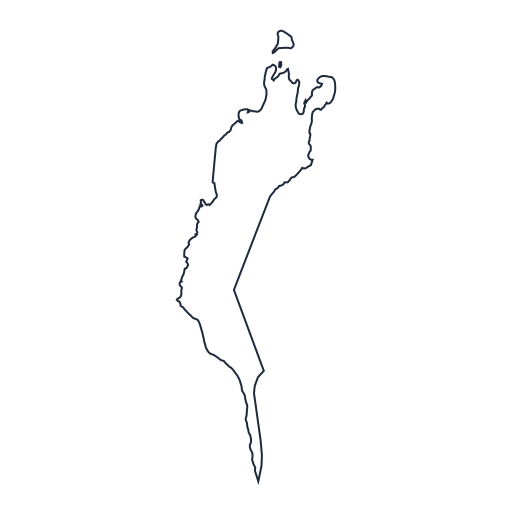 outline of Cândido Mendes, Maranhão, Brazil
{"feature_id": "56859067B23777236022045", "entity_name": "Cândido Mendes", "entity_type": "district", "adm_level": 2, "iso_a3": "BRA", "parent_name": "Brazil", "parent_adm1": "Maranhão", "projection": "equal_earth", "projection_center": [-45.636, -1.694], "detail": "fine", "context": "isolated", "style": "outline", "palette": "slate", "viewbox_px": 512, "rotation_deg": 0, "n_neighbors": 0, "source": "geoboundaries", "source_scale": "gbopen_adm2", "svg_char_len": 5981}
<svg xmlns="http://www.w3.org/2000/svg" viewBox="0 0 512 512"><path d="M180.9,296.1L179.5,297.8L177.7,298.6L176.8,299.8L178.1,301.2L179.3,301.4L180.4,304.0L180.7,306.0L181.8,306.6L182.7,307.0L183.5,307.9L185.0,309.9L186.1,310.9L187.2,312.2L189.9,314.8L190.9,315.7L191.7,316.6L192.8,317.7L194.1,318.4L196.5,319.3L197.9,320.1L199.3,322.7L200.2,325.3L201.3,329.2L202.6,333.5L203.0,335.9L203.5,337.6L203.9,339.5L204.2,341.8L205.1,344.3L205.4,346.1L206.0,347.8L207.4,350.4L208.7,352.3L210.7,353.9L213.9,355.0L216.9,357.0L220.0,359.4L221.5,360.4L223.2,360.7L224.1,361.2L225.5,363.0L226.7,364.2L227.8,365.1L229.6,367.0L230.9,367.6L231.7,368.3L232.6,369.4L233.7,370.6L234.4,371.6L235.9,373.7L236.6,374.6L237.4,375.6L238.2,377.2L238.9,378.5L239.8,380.6L240.4,382.5L240.9,384.5L241.5,386.1L241.9,389.7L242.4,391.3L244.4,394.4L244.9,396.3L245.2,398.6L246.2,402.8L246.9,404.2L247.2,405.6L247.2,407.5L247.1,409.2L246.8,411.8L246.8,413.1L246.6,414.5L246.5,415.9L246.1,417.1L245.8,418.5L245.7,419.9L246.2,421.2L246.9,422.8L247.2,425.3L247.4,427.3L248.1,429.0L248.4,430.3L248.5,431.9L249.1,433.3L250.1,434.9L251.1,439.5L251.0,441.2L250.9,442.6L250.0,444.7L249.8,446.2L250.0,447.7L250.6,449.7L251.8,451.9L252.4,453.3L252.5,454.7L252.5,456.5L252.3,458.0L252.1,459.8L252.8,461.6L253.1,463.0L253.6,464.4L254.5,466.2L255.2,467.3L255.1,468.8L254.9,470.6L258.3,481.3L261.5,465.8L261.9,455.2L260.6,440.3L254.0,393.3L254.3,389.9L254.8,385.8L257.9,377.3L263.8,370.8L233.9,289.9L237.2,281.5L241.3,270.8L257.9,227.7L269.2,198.6L270.0,196.6L270.9,195.3L272.3,193.6L273.5,192.4L274.5,190.8L275.3,189.4L277.1,188.4L278.3,187.3L279.1,185.9L280.7,185.7L282.3,185.1L283.7,183.8L284.7,182.3L286.5,182.4L287.7,182.3L288.7,181.3L289.9,179.9L290.7,178.5L291.5,177.5L294.1,177.0L295.5,175.9L298.5,172.7L299.5,171.6L301.2,169.4L302.2,167.8L303.8,168.5L305.8,168.2L307.7,166.9L309.6,165.8L310.9,165.2L312.6,159.8L311.6,159.8L310.5,159.4L309.5,158.8L308.7,157.5L308.1,155.7L308.8,153.7L309.4,152.1L310.6,150.7L310.8,148.2L310.8,146.6L310.2,145.2L309.2,144.1L308.7,142.9L308.9,141.7L309.5,140.7L309.6,139.2L309.9,137.4L310.3,135.5L310.2,133.5L309.3,132.7L309.6,130.1L309.9,128.2L310.2,126.8L311.5,123.1L311.9,121.0L311.8,118.4L312.0,115.9L312.2,114.1L312.7,112.2L314.0,110.7L315.0,109.7L316.1,108.9L318.9,108.6L319.9,109.6L321.0,109.8L321.6,108.9L322.6,107.9L323.6,107.4L324.3,106.3L325.1,104.9L326.0,103.9L326.6,102.6L327.9,103.6L329.4,103.3L330.7,102.4L332.2,100.2L332.9,98.9L333.3,97.7L334.5,93.9L334.9,92.2L335.2,90.4L335.2,89.0L335.2,86.7L335.1,84.8L335.0,83.2L334.8,81.9L334.1,79.9L333.2,78.4L332.1,77.4L331.2,77.0L330.0,76.9L328.3,76.6L327.0,76.3L326.0,76.2L324.6,76.0L323.0,76.0L321.6,76.2L320.1,77.0L318.9,77.9L318.1,78.8L317.4,79.8L317.3,81.1L317.8,82.3L319.3,83.1L322.0,83.9L321.1,86.1L318.8,87.6L317.4,87.1L315.9,87.8L314.8,88.7L313.6,89.4L312.4,90.7L311.9,92.9L312.0,95.2L311.3,96.3L310.5,97.0L309.6,98.4L308.8,99.2L307.3,100.3L305.8,103.4L305.8,101.8L305.4,100.5L304.6,102.1L304.2,103.5L305.0,105.0L305.0,106.6L304.2,108.1L303.8,109.9L303.7,111.7L303.0,113.5L301.7,114.2L300.1,114.2L298.7,113.5L297.0,110.5L296.5,109.4L295.9,107.8L295.6,105.1L295.9,103.1L296.4,100.5L296.4,98.8L297.0,95.6L297.4,93.9L297.7,92.5L297.9,90.5L298.0,88.1L298.6,86.8L299.2,84.3L299.3,82.4L298.7,80.8L297.7,79.7L296.6,80.3L295.9,82.1L294.9,83.1L293.8,83.4L292.7,83.1L291.6,81.9L290.6,80.8L289.3,79.6L288.8,77.7L288.9,73.5L288.6,72.1L288.0,68.9L287.0,69.4L286.2,70.9L284.8,72.1L283.2,72.9L281.6,73.3L279.8,73.7L277.9,76.5L277.0,77.3L275.3,78.4L274.3,79.2L273.8,80.4L271.7,78.7L272.4,76.9L275.4,71.9L275.9,70.3L276.1,68.5L275.8,66.9L275.1,65.9L273.9,65.1L272.9,64.7L272.0,65.3L271.1,66.2L269.8,66.9L267.1,68.0L266.5,69.6L265.6,72.8L265.3,74.7L264.9,75.9L264.7,77.3L264.6,79.8L264.2,81.3L264.1,83.4L264.2,85.0L264.6,86.3L266.2,89.4L266.5,92.6L266.5,94.3L265.6,99.2L264.8,101.4L262.5,106.4L261.7,108.4L260.4,110.1L258.7,111.4L257.4,111.8L255.9,111.6L254.0,111.2L252.8,111.3L251.4,110.7L250.0,110.4L248.9,112.0L247.8,112.3L248.6,110.0L247.5,109.3L244.9,109.3L242.9,109.7L242.0,110.1L241.0,110.3L239.8,110.9L238.8,112.7L238.5,114.0L238.6,116.0L238.9,117.9L239.4,119.2L240.4,119.9L241.5,120.4L242.1,122.8L240.5,122.6L239.3,121.6L238.0,120.8L236.9,121.4L234.8,123.5L232.5,125.5L231.6,126.6L230.6,130.1L229.3,131.8L228.3,132.1L227.1,132.9L226.3,133.9L225.3,134.8L224.3,135.5L223.3,136.7L221.9,138.2L220.8,139.0L219.9,140.5L218.4,141.2L216.5,143.7L215.8,147.4L215.5,150.9L214.9,156.9L212.8,179.8L212.7,182.4L214.4,183.2L214.6,184.5L214.8,186.1L215.2,188.5L215.8,191.8L216.5,193.9L216.9,195.8L216.5,197.2L214.3,199.2L212.8,201.5L211.7,202.8L209.6,205.0L208.2,204.3L207.1,204.9L205.6,204.4L205.1,202.9L204.0,201.6L203.3,200.1L201.8,199.6L200.7,200.3L201.0,202.4L200.5,203.8L201.8,204.5L202.4,205.9L201.1,206.5L200.3,205.5L199.6,206.6L199.1,208.5L197.9,211.1L196.6,212.5L195.6,214.7L195.5,216.1L195.5,217.5L196.4,219.0L197.5,219.7L198.7,221.9L197.4,223.3L196.9,225.6L197.1,227.4L196.6,228.6L196.4,230.0L197.3,232.4L196.8,234.6L195.5,234.4L195.9,235.8L195.1,236.6L192.7,237.6L190.3,239.5L189.4,240.7L188.5,242.6L189.2,244.5L188.0,246.2L187.4,247.2L186.0,248.3L184.6,250.0L184.2,253.9L184.3,256.7L185.9,257.3L187.6,258.4L186.3,261.7L187.4,263.0L188.1,265.0L186.5,268.1L184.8,268.7L184.3,270.9L184.0,272.5L183.3,274.8L182.5,276.2L181.9,277.6L181.4,279.4L180.8,280.8L181.6,281.6L180.2,282.2L179.6,283.3L179.6,284.6L180.4,286.0L181.8,287.2L181.8,288.7L181.3,290.3L181.3,292.8L181.4,294.4L180.9,296.1ZM292.5,47.0L293.4,46.0L293.7,44.3L293.0,42.2L291.9,40.1L291.7,38.3L291.3,36.8L290.2,35.9L288.5,34.8L287.5,33.9L286.1,33.1L284.6,32.1L282.9,31.1L281.7,30.7L280.2,30.9L279.1,31.3L278.0,32.3L277.6,34.2L278.4,36.7L278.1,41.4L277.7,43.9L276.7,45.6L275.1,48.3L273.4,50.4L272.7,51.4L272.8,53.0L274.2,52.4L275.6,50.9L278.5,48.2L281.3,48.0L284.2,47.8L286.5,47.8L288.4,47.8L290.4,48.3L291.4,48.0L292.5,47.0ZM281.2,65.5L281.2,63.6L281.1,62.1L279.7,62.1L279.3,63.6L279.3,65.1L279.1,66.8L280.2,67.3L281.2,65.5Z" fill="none" stroke="#1e293b" stroke-width="2"/></svg>